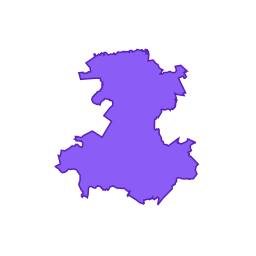 outline of Satevó, Chihuahua, Mexico, rotated 144°
{"feature_id": "50627088B42337074746811", "entity_name": "Satevó", "entity_type": "district", "adm_level": 2, "iso_a3": "MEX", "parent_name": "Mexico", "parent_adm1": "Chihuahua", "projection": "orthographic", "projection_center": [-106.204, 27.759], "detail": "fine", "context": "isolated", "style": "filled", "palette": "violet", "viewbox_px": 256, "rotation_deg": 144, "n_neighbors": 0, "source": "geoboundaries", "source_scale": "gbopen_adm2", "svg_char_len": 5791}
<svg xmlns="http://www.w3.org/2000/svg" viewBox="0 0 256 256"><g transform="rotate(144 128 128)"><path d="M149.2,48.3L140.7,50.7L128.2,52.8L127.8,53.0L126.8,54.7L126.3,55.1L125.7,55.4L125.2,54.9L124.4,55.2L124.0,54.8L123.0,54.8L121.6,56.0L121.0,56.2L120.4,56.0L119.4,57.3L119.2,57.9L117.9,58.5L117.3,58.6L115.5,57.4L114.2,55.2L111.4,53.0L110.2,52.5L109.1,51.6L109.2,51.2L108.7,51.0L108.1,50.2L107.6,50.0L107.4,50.2L104.9,48.5L99.2,50.3L98.3,54.4L95.5,56.9L92.4,57.4L93.9,67.4L93.8,67.9L94.5,68.5L94.4,68.9L95.1,69.4L94.9,70.1L93.9,70.8L93.4,71.4L93.9,72.4L93.8,73.1L92.7,73.1L91.6,72.3L90.0,72.5L89.5,74.7L88.1,77.0L87.0,77.3L85.4,77.2L84.3,77.7L84.1,77.5L84.3,77.1L82.9,77.0L82.6,76.4L82.3,76.6L82.1,77.1L84.2,80.8L85.2,82.0L85.2,82.8L86.1,84.0L88.4,82.5L93.5,83.6L94.1,83.8L96.7,86.4L96.6,87.2L96.3,87.1L96.1,86.7L95.6,86.8L95.8,87.1L95.5,87.9L95.8,88.1L95.6,88.4L94.8,88.8L94.3,88.7L92.9,90.0L105.8,89.8L106.0,90.4L106.3,90.4L106.4,91.8L108.3,93.2L108.4,94.3L107.6,95.9L107.7,96.9L108.2,97.5L107.6,99.5L107.2,99.7L106.6,101.4L106.4,103.7L106.6,104.7L106.2,104.7L105.9,106.0L105.5,106.0L105.4,106.5L104.4,107.4L103.7,108.8L104.1,109.6L105.3,109.6L105.7,110.5L107.1,110.4L107.4,111.5L101.4,119.3L100.4,118.8L99.4,119.3L98.5,120.0L97.6,118.6L91.8,121.0L90.2,122.6L90.4,123.3L89.1,122.9L88.5,122.3L88.6,121.8L88.0,121.6L86.9,120.5L85.0,120.3L83.7,119.0L83.3,118.2L83.3,117.6L82.8,118.1L81.5,117.5L80.9,116.7L80.1,117.0L80.1,117.5L79.3,116.9L79.1,117.2L78.0,117.1L77.3,117.5L77.2,118.2L76.9,118.0L76.4,118.8L75.9,118.6L75.6,119.6L74.8,120.0L74.5,120.8L74.0,120.5L73.5,121.2L73.2,121.3L73.4,122.2L73.2,122.5L73.4,123.3L73.1,123.6L72.5,123.7L72.1,123.1L72.6,120.8L69.6,128.5L68.5,126.2L63.5,121.2L63.0,123.7L60.8,122.5L57.9,138.6L53.1,137.7L53.1,136.4L53.4,135.8L53.2,135.1L52.9,134.8L50.6,135.2L50.6,136.3L50.2,137.6L50.7,138.5L49.9,139.5L49.3,139.4L49.9,140.0L48.4,140.3L46.7,139.3L48.5,147.7L53.6,150.1L55.0,146.0L56.9,145.3L58.1,145.6L60.1,147.4L60.6,148.9L61.0,149.3L63.5,149.8L65.8,151.4L66.7,151.7L67.2,151.3L69.3,152.0L69.4,152.3L71.0,153.1L68.8,153.1L66.9,154.2L65.9,154.3L65.6,154.6L66.4,155.5L67.4,158.6L67.1,159.9L66.7,160.3L66.8,161.2L66.5,161.9L67.1,162.6L67.8,165.1L67.5,166.1L67.8,167.3L67.6,167.8L68.2,168.5L72.2,170.4L67.6,175.6L67.3,177.1L66.5,177.8L66.9,178.6L67.2,178.6L68.5,176.5L69.2,176.8L69.7,177.3L69.4,178.5L68.9,179.1L68.2,179.3L67.3,179.0L66.6,179.3L66.4,179.8L67.2,180.4L67.4,181.2L67.9,181.3L67.9,180.6L68.9,180.2L70.5,181.6L71.2,181.3L71.3,181.8L70.7,182.2L70.5,182.8L71.2,183.3L71.6,183.0L72.0,183.1L72.4,183.7L73.1,184.2L73.2,184.6L74.5,186.2L75.5,186.0L78.6,186.4L79.4,186.9L79.0,187.4L79.2,188.2L79.5,188.6L80.1,188.6L80.6,189.4L81.1,189.6L81.8,189.4L82.2,188.5L82.7,188.4L83.0,189.8L84.0,190.2L85.1,191.4L86.4,191.5L86.4,192.3L86.9,192.8L89.1,193.3L89.9,193.7L91.5,195.5L92.4,195.1L95.1,194.9L95.3,195.4L95.0,195.8L95.3,196.9L95.8,196.9L96.5,196.4L97.8,197.1L98.8,198.2L100.9,198.6L101.2,199.2L101.4,201.6L101.9,202.6L103.2,203.0L103.5,202.9L104.1,202.4L104.1,201.2L104.6,201.1L104.3,201.6L104.5,202.9L105.3,204.4L106.3,204.3L107.4,203.2L107.8,203.5L107.9,204.3L108.5,205.0L110.6,204.7L111.7,205.5L111.2,207.0L111.7,207.7L112.4,207.4L112.3,206.3L113.0,205.5L113.1,205.0L123.8,205.3L123.3,198.9L125.2,195.5L127.2,196.8L128.5,196.3L129.1,196.6L129.4,197.1L130.6,197.5L132.0,199.0L131.7,199.5L135.3,201.6L137.7,195.2L124.9,187.3L121.1,184.5L121.3,183.7L121.8,183.4L122.3,182.5L122.1,180.4L121.8,180.2L122.1,180.1L122.5,179.6L122.4,179.3L122.9,178.9L122.6,178.4L122.9,178.4L122.9,178.0L123.2,178.2L124.0,178.0L124.3,177.4L124.3,177.0L124.9,176.5L124.9,176.0L125.4,175.9L125.9,175.2L126.3,175.6L126.9,175.2L127.8,175.2L128.7,174.3L131.4,175.3L133.2,174.6L134.9,174.7L136.2,174.0L136.7,174.3L137.3,173.9L138.7,173.8L140.7,172.1L141.2,169.4L140.9,168.1L139.0,165.0L137.7,164.7L137.7,164.3L137.1,163.1L134.1,165.1L130.6,164.9L129.8,165.6L125.9,161.7L126.7,161.2L124.7,159.1L126.7,155.4L131.3,154.8L140.3,152.2L137.4,143.1L137.6,143.0L154.4,135.7L158.7,146.5L169.0,148.1L170.0,147.6L171.7,148.0L173.2,149.7L173.6,150.6L174.1,150.5L174.5,151.2L175.6,152.1L176.3,150.2L177.7,150.4L177.0,149.4L177.5,148.4L177.1,147.7L175.8,147.0L174.1,145.0L173.4,145.0L173.6,141.5L176.9,139.4L177.1,140.1L177.9,140.9L178.0,141.8L178.5,142.6L178.3,143.1L178.5,143.6L178.3,144.2L180.0,145.5L181.5,144.6L182.8,145.4L183.8,146.4L184.7,146.2L185.9,146.3L186.7,146.1L192.5,146.6L195.0,149.2L197.3,146.9L199.3,145.3L200.5,146.8L203.8,138.7L209.3,139.6L209.1,138.0L208.2,136.4L208.0,132.0L207.2,130.3L205.2,129.4L203.4,129.2L200.4,129.7L198.7,128.1L197.3,127.6L195.4,126.3L194.2,124.3L194.0,123.1L194.5,121.9L194.3,121.4L194.5,117.9L197.9,113.4L198.6,113.2L200.0,111.9L200.8,111.5L201.8,108.9L201.6,108.5L202.2,105.9L202.3,104.7L201.9,102.7L202.4,102.4L202.7,101.5L204.6,101.5L205.2,100.9L205.7,100.3L205.7,98.9L203.9,99.3L203.3,99.2L203.3,98.7L202.3,97.2L201.8,95.5L201.1,96.4L199.8,97.2L194.8,103.1L193.4,103.0L191.9,102.2L191.2,100.1L189.8,98.6L189.1,98.5L188.7,99.0L186.5,99.0L186.4,98.5L184.7,96.8L184.8,95.5L184.5,94.8L184.7,94.6L184.2,93.7L184.4,93.5L184.2,93.1L184.6,92.8L184.4,92.4L182.8,91.1L182.4,91.4L182.0,91.1L181.0,91.2L180.8,90.6L181.1,89.9L180.8,89.5L179.8,89.6L177.3,90.9L174.2,90.0L172.2,85.8L169.8,84.0L167.9,82.1L166.4,81.4L165.7,77.6L163.6,75.6L165.4,75.2L165.4,74.4L166.6,74.6L168.1,73.9L168.4,73.2L166.6,72.8L163.5,64.6L162.3,60.4L161.6,59.9L160.2,57.5L159.1,57.7L159.1,58.1L158.8,58.7L158.6,58.7L158.6,59.2L157.4,60.4L156.6,59.7L156.0,59.8L153.4,58.5L152.5,57.3L151.7,57.3L151.4,57.4L151.4,57.7L151.1,57.7L150.7,57.5L150.4,56.8L149.9,57.1L149.6,56.7L149.3,57.2L148.8,57.4L149.2,56.7L148.8,55.8L149.0,55.1L148.7,54.6L148.2,54.7L146.7,54.4L145.9,54.9L145.3,54.6L145.0,54.8L144.8,53.8L144.2,53.1L149.2,48.3Z" fill="#8b5cf6" stroke="#5b21b6" stroke-width="1.5"/></g></svg>